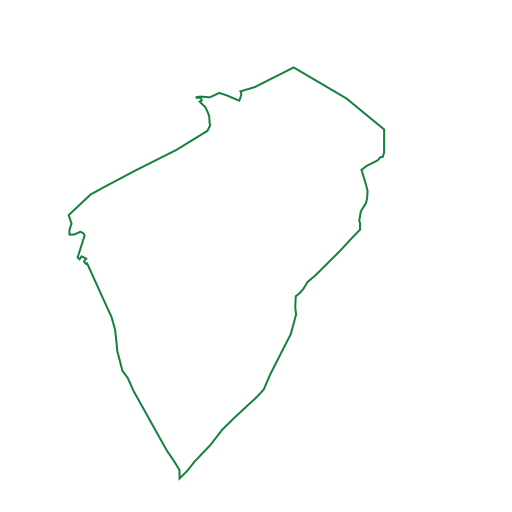 Putu, Grand Gedeh, Liberia, rotated 155°
{"feature_id": "62588387B18265546179194", "entity_name": "Putu", "entity_type": "district", "adm_level": 2, "iso_a3": "LBR", "parent_name": "Liberia", "parent_adm1": "Grand Gedeh", "projection": "orthographic", "projection_center": [-8.216, 5.686], "detail": "fine", "context": "isolated", "style": "outline", "palette": "green", "viewbox_px": 512, "rotation_deg": 155, "n_neighbors": 0, "source": "geoboundaries", "source_scale": "gbopen_adm2", "svg_char_len": 1752}
<svg xmlns="http://www.w3.org/2000/svg" viewBox="0 0 512 512"><g transform="rotate(155 256 256)"><path d="M147.8,241.9L147.6,244.2L145.8,246.8L142.1,252.2L136.3,256.0L134.1,257.4L131.0,261.2L127.4,267.8L126.6,272.0L126.2,273.9L125.9,275.9L125.8,276.4L124.9,283.2L124.0,289.5L117.8,290.9L107.5,291.2L105.1,291.3L104.0,291.8L101.3,293.0L100.4,292.7L100.1,292.6L99.4,292.2L96.2,295.6L86.4,316.6L97.7,340.1L107.3,360.3L113.8,369.8L138.0,404.9L142.2,411.0L156.3,410.5L167.5,410.2L173.4,410.0L185.5,409.6L188.4,410.0L200.5,411.8L200.4,410.5L201.3,408.2L203.5,405.9L204.5,404.8L205.6,403.9L206.4,404.8L211.1,410.0L214.8,414.1L220.3,419.3L230.8,419.3L239.2,424.1L243.6,425.3L242.3,424.1L240.5,423.4L239.0,423.4L239.4,419.9L241.8,419.7L239.0,412.1L239.0,406.9L239.3,402.6L241.9,395.9L242.3,393.9L246.2,390.7L247.0,390.0L247.7,389.9L282.4,385.9L283.3,385.8L328.0,384.5L336.5,384.1L367.6,382.5L369.0,382.3L379.7,381.7L386.2,379.6L407.5,372.5L408.4,372.2L409.5,363.4L414.0,358.5L415.2,356.0L416.0,354.2L414.2,353.3L411.6,352.3L407.3,352.2L406.4,352.2L405.0,352.2L402.8,349.5L402.8,346.8L405.0,344.5L418.3,330.0L417.3,327.6L414.3,329.4L411.0,325.4L414.3,323.6L413.4,320.6L412.2,320.7L412.7,272.3L412.7,262.0L414.9,248.6L419.1,236.3L421.9,228.5L423.6,219.1L425.6,208.4L424.7,204.3L423.8,199.5L424.0,185.2L421.0,143.8L419.0,116.9L417.1,105.6L415.8,94.4L417.8,89.9L419.3,86.7L409.0,90.4L398.8,95.5L389.7,99.1L377.4,103.9L365.1,110.2L360.2,112.8L342.9,118.9L314.8,127.9L305.5,131.7L292.9,142.9L276.1,156.0L275.5,156.5L257.5,170.5L244.5,185.9L242.1,192.9L237.0,202.7L232.8,203.7L227.2,206.0L220.3,210.7L219.1,211.0L218.2,211.2L213.8,212.4L211.4,213.0L178.9,224.7L161.6,231.7L152.0,235.4L150.6,235.9L147.8,241.9Z" fill="none" stroke="#15803d" stroke-width="2"/></g></svg>